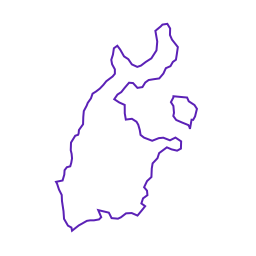 the district of Wanju-gun, North Jeolla, South Korea, rotated 185°
{"feature_id": "91817680B60221740281290", "entity_name": "Wanju-gun", "entity_type": "district", "adm_level": 2, "iso_a3": "KOR", "parent_name": "South Korea", "parent_adm1": "North Jeolla", "projection": "orthographic", "projection_center": [127.185, 35.873], "detail": "fine", "context": "isolated", "style": "outline", "palette": "violet", "viewbox_px": 256, "rotation_deg": 185, "n_neighbors": 0, "source": "geoboundaries", "source_scale": "gbopen_adm2", "svg_char_len": 1900}
<svg xmlns="http://www.w3.org/2000/svg" viewBox="0 0 256 256"><g transform="rotate(185 128 128)"><path d="M174.8,20.8L168.5,26.7L166.1,28.3L160.9,31.9L157.7,32.7L153.7,33.1L148.9,34.4L146.9,36.8L150.5,43.6L139.7,42.0L136.5,36.8L130.1,36.8L127.3,38.4L122.5,42.8L116.9,43.6L110.9,41.6L107.3,46.8L104.1,51.6L108.1,54.0L106.9,59.2L102.8,62.8L103.6,67.2L106.8,70.4L104.4,76.8L100.4,81.2L100.8,89.7L100.4,94.9L96.0,100.5L94.8,105.7L91.2,108.9L87.6,112.1L82.7,110.5L77.1,109.7L73.5,112.1L73.9,119.3L76.4,120.7L79.9,122.6L85.1,119.4L92.0,121.4L96.4,120.6L102.8,117.4L111.2,119.8L114.9,122.2L116.1,127.0L118.1,132.2L120.1,135.0L124.9,137.5L130.9,136.2L132.5,142.3L133.3,150.7L139.0,152.7L144.2,155.5L141.4,160.4L137.8,163.2L134.9,167.6L130.9,173.2L126.9,173.2L122.1,168.8L117.2,170.0L114.8,174.8L111.6,177.6L106.4,178.9L101.2,180.1L97.5,185.3L95.5,190.9L94.2,191.6L91.1,193.3L89.1,197.7L86.2,200.2L85.8,205.8L85.4,213.0L85.8,213.4L91.9,219.9L94.3,224.3L94.7,230.8L97.9,235.2L102.7,234.0L104.3,232.0L109.2,227.2L106.4,216.7L106.4,207.8L110.8,199.4L116.0,195.4L120.5,191.3L124.1,189.7L129.7,191.7L133.7,196.6L138.2,199.0L142.6,205.4L145.8,209.0L149.0,206.2L149.4,199.8L150.6,194.5L149.4,190.1L146.2,185.3L145.8,180.9L147.8,178.0L153.7,172.7L156.3,168.8L159.5,164.8L163.1,161.5L166.3,159.1L167.5,154.3L170.3,149.5L171.1,146.7L173.5,141.0L173.5,135.0L173.1,127.8L176.7,121.7L176.7,118.5L177.1,116.9L179.9,115.7L183.5,108.5L183.1,100.9L181.9,97.3L181.1,92.8L181.5,88.4L182.2,84.8L185.5,83.6L187.5,80.4L187.4,76.0L188.6,70.0L195.0,68.1L193.8,66.3L191.4,60.7L188.2,55.5L187.4,49.5L185.0,39.5L183.8,31.9L179.3,25.5L175.7,23.9L174.8,20.8ZM66.2,132.5L65.4,141.8L63.8,141.8L62.2,145.4L61.0,153.1L63.8,156.7L69.8,159.9L71.8,163.5L75.4,163.5L85.5,163.6L85.5,162.3L87.5,157.5L84.7,153.9L83.5,147.1L83.9,143.9L80.7,140.2L74.7,138.2L68.2,136.2L67.0,134.6L66.2,132.5Z" fill="none" stroke="#5b21b6" stroke-width="2"/></g></svg>